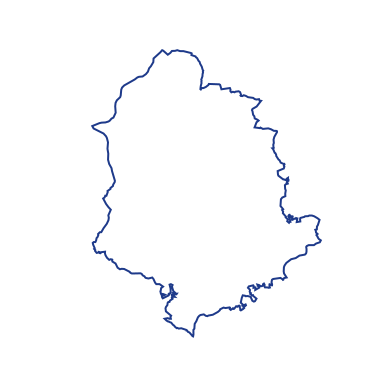 the district of Zalha, Salaj, Romania, rotated 139°
{"feature_id": "2599482B19870008229772", "entity_name": "Zalha", "entity_type": "district", "adm_level": 2, "iso_a3": "ROU", "parent_name": "Romania", "parent_adm1": "Salaj", "projection": "albers", "projection_center": [23.526, 47.196], "detail": "fine", "context": "isolated", "style": "outline", "palette": "blue", "viewbox_px": 384, "rotation_deg": 139, "n_neighbors": 0, "source": "geoboundaries", "source_scale": "gbopen_adm2", "svg_char_len": 5957}
<svg xmlns="http://www.w3.org/2000/svg" viewBox="0 0 384 384"><g transform="rotate(139 192 192)"><path d="M263.3,245.4L264.7,239.3L265.0,235.4L264.9,231.9L270.4,229.3L271.7,227.1L273.6,225.5L277.2,223.9L282.5,222.7L286.8,221.2L288.0,222.1L290.5,221.9L290.9,221.0L292.8,220.0L294.3,219.8L296.2,218.3L297.8,217.6L299.0,218.7L300.3,218.7L301.2,217.0L302.3,213.4L303.2,213.3L303.1,211.6L303.8,211.2L303.9,208.6L302.2,207.6L301.7,208.0L301.0,207.0L301.6,206.3L301.3,205.9L299.8,206.0L296.8,204.0L297.9,202.9L298.8,200.9L299.3,198.1L299.0,195.1L297.6,194.7L296.6,193.5L296.6,193.1L297.2,192.7L297.7,191.7L296.6,188.2L297.8,183.7L297.1,181.0L295.4,180.1L293.7,178.4L291.4,172.7L291.6,172.3L291.3,170.9L290.8,169.9L284.2,164.4L283.7,163.2L283.9,161.4L283.2,159.5L283.4,158.2L283.2,157.4L281.6,155.3L278.1,153.5L278.2,151.5L279.3,147.9L279.4,145.9L276.9,143.7L275.9,139.6L278.4,139.7L280.6,137.8L281.0,137.8L282.2,135.6L280.7,133.9L279.8,132.2L281.4,132.5L282.4,134.3L283.7,132.0L283.8,130.9L277.6,129.3L276.8,129.5L276.5,129.8L276.6,130.3L276.1,130.4L274.9,129.7L273.2,131.1L271.4,133.4L269.7,136.8L268.4,136.3L267.7,134.5L269.2,133.8L271.1,129.5L270.9,127.7L272.2,128.2L271.6,126.2L270.2,125.2L270.9,125.0L273.7,127.0L274.0,126.4L273.8,124.2L275.1,125.6L274.1,127.6L274.5,127.8L274.9,127.5L275.8,125.5L276.6,125.5L276.8,125.1L276.5,124.4L276.7,124.1L280.0,124.5L281.1,123.8L282.1,124.5L283.1,124.3L284.8,122.8L287.1,122.3L288.3,121.6L290.0,119.0L288.9,112.3L290.2,111.9L291.1,110.2L292.0,110.9L293.2,112.8L295.8,114.3L295.6,111.8L295.1,110.1L294.5,109.6L294.4,108.8L293.4,107.0L293.5,104.3L293.1,102.7L293.3,101.8L292.9,99.3L292.2,99.0L291.6,97.6L289.5,96.2L286.8,91.7L286.7,91.3L287.0,91.0L286.6,90.5L286.8,89.1L286.1,87.7L286.1,84.3L285.7,83.7L286.2,82.9L285.9,82.3L284.4,83.5L281.4,87.0L279.9,87.3L276.5,90.7L273.4,91.7L269.8,93.5L267.7,93.8L266.3,93.6L263.4,91.9L262.8,89.5L261.8,88.2L260.7,88.0L256.8,85.7L251.1,84.5L248.6,84.5L247.7,85.0L244.1,84.1L242.8,82.4L239.3,80.2L239.2,79.8L240.3,78.9L240.1,77.6L237.4,77.4L237.5,76.6L236.8,76.2L233.6,76.8L233.1,75.7L231.7,75.7L230.8,75.1L230.8,74.5L231.8,73.6L231.9,72.5L233.0,71.3L232.8,70.6L230.5,70.2L229.1,70.2L229.2,70.8L228.7,71.0L225.6,71.1L225.3,72.0L228.5,72.9L228.6,73.2L227.5,73.7L227.8,76.5L223.8,79.5L221.5,80.7L220.0,78.9L220.0,78.3L218.2,76.9L216.8,74.9L216.7,74.0L217.8,70.3L217.2,68.7L216.1,68.3L213.3,69.2L214.0,73.6L213.7,74.2L214.7,74.7L214.6,76.0L214.9,76.9L213.9,77.1L214.1,77.9L213.9,78.9L212.5,80.0L212.4,80.6L212.6,83.0L211.1,83.5L207.0,81.4L207.0,80.9L208.4,79.4L207.2,79.0L206.7,78.4L208.5,76.6L203.9,75.7L203.5,76.2L203.9,77.9L203.4,79.2L202.4,77.7L202.0,76.0L201.1,75.1L199.6,74.7L199.1,74.8L199.3,75.4L198.9,75.8L197.8,75.7L198.1,74.3L198.9,73.6L199.1,73.8L199.5,72.1L197.7,70.5L196.9,69.3L195.9,68.8L195.4,70.0L194.1,71.5L193.8,71.4L193.3,69.6L192.8,69.1L192.1,69.8L191.2,71.7L189.6,73.0L189.1,73.3L187.8,73.1L181.6,69.1L180.9,66.6L181.0,66.0L180.7,65.9L179.5,66.6L178.7,66.5L176.7,65.4L176.0,70.1L174.9,71.9L172.0,74.9L170.4,75.8L167.3,76.6L161.2,76.2L157.1,74.1L152.6,73.5L147.9,70.7L146.2,70.8L144.8,71.8L143.0,73.8L141.9,75.6L140.9,75.9L138.9,75.4L134.8,71.9L132.2,71.7L128.5,70.2L126.5,71.0L127.1,73.3L126.9,75.2L126.5,75.9L126.4,77.8L125.8,78.1L124.8,78.0L125.0,80.0L124.1,81.4L123.7,82.6L122.3,81.9L120.3,84.0L118.8,84.4L114.0,87.3L114.5,89.9L115.7,93.5L116.9,95.5L118.9,97.3L120.2,97.6L122.6,99.5L123.5,99.5L127.2,101.3L128.2,100.7L129.6,98.7L132.7,100.6L130.0,102.8L130.7,103.3L130.3,103.7L130.5,104.0L130.8,103.8L132.1,104.6L134.5,105.1L134.8,105.5L132.1,107.5L132.4,108.1L133.7,108.0L133.3,110.8L133.7,111.0L135.2,110.6L135.8,107.8L137.3,104.9L138.0,105.4L139.0,105.1L139.3,107.5L137.7,108.1L137.9,111.5L137.3,111.8L137.3,116.4L136.1,117.4L135.8,119.3L134.5,119.2L134.4,123.4L129.6,128.2L127.5,128.6L124.3,127.6L122.7,129.6L120.2,131.7L119.6,133.3L117.4,136.2L116.2,136.3L114.2,135.5L114.0,136.1L114.3,136.9L113.5,137.4L111.8,137.2L111.0,138.2L111.0,139.0L110.3,139.7L111.9,139.9L112.5,139.1L113.3,139.2L114.6,141.6L114.9,141.7L116.1,147.6L115.7,148.7L113.6,151.6L107.3,149.5L105.6,150.6L105.6,151.4L105.3,151.8L104.1,152.1L103.9,152.7L104.4,153.0L105.8,156.0L105.1,158.5L105.4,159.7L104.8,163.9L104.0,165.0L103.7,166.2L103.6,166.7L103.9,167.3L102.7,170.9L102.7,172.2L101.7,171.5L101.2,171.9L101.2,172.3L99.6,174.4L98.1,175.3L96.1,178.0L93.7,179.6L88.6,181.4L88.0,182.1L88.2,182.7L90.1,184.5L91.2,187.5L92.7,190.0L97.1,193.1L98.1,195.7L98.8,195.6L102.4,199.7L97.5,202.3L94.9,202.2L95.1,203.4L96.4,206.4L95.3,208.2L95.2,210.2L93.4,213.2L93.0,214.5L91.8,215.0L87.1,214.1L80.1,215.5L81.1,216.6L80.5,218.1L82.7,219.5L83.7,221.0L84.1,222.9L87.5,226.8L88.3,229.2L89.1,230.5L89.5,231.1L91.0,231.3L92.1,232.4L92.1,232.8L91.4,232.7L90.2,235.8L90.7,237.4L93.4,239.2L94.4,239.3L95.4,240.8L96.9,241.4L96.9,242.9L95.7,244.1L95.2,245.6L102.4,250.2L100.5,254.4L100.8,255.4L108.4,262.5L109.5,262.0L112.7,262.2L115.3,263.0L116.4,264.1L118.1,263.6L118.2,264.1L115.9,266.2L113.3,268.0L112.6,269.1L111.8,269.6L111.3,270.7L108.3,272.4L106.5,274.2L105.4,274.8L105.0,275.6L103.9,276.2L103.8,277.2L102.4,280.2L101.7,283.5L100.9,285.2L101.0,286.8L100.3,289.6L100.6,291.2L100.4,292.0L102.6,295.7L101.3,296.8L101.6,297.6L106.1,304.0L108.6,306.2L110.1,308.7L112.1,309.6L114.6,311.6L117.1,311.2L120.2,311.5L121.0,317.5L121.5,318.6L124.2,318.2L133.4,318.0L136.0,315.4L140.5,313.9L143.2,313.5L146.4,311.7L149.5,311.2L153.5,311.6L156.4,313.7L158.0,314.3L161.4,314.5L173.2,316.9L176.2,316.7L178.2,315.7L182.5,311.6L184.0,310.7L188.6,310.5L191.2,309.4L193.7,307.1L197.6,301.9L202.5,299.7L204.6,300.2L207.4,299.8L208.8,300.0L211.7,301.3L214.8,303.7L216.7,304.7L224.0,307.2L224.6,304.5L220.4,294.2L220.3,290.5L220.8,288.6L222.8,284.6L227.4,280.1L230.0,275.9L234.2,271.4L236.1,267.5L237.1,262.8L238.6,260.3L242.8,251.1L243.8,250.2L246.6,249.3L247.7,248.4L250.9,248.5L251.6,247.8L255.1,248.2L255.7,247.2L259.1,245.3L259.9,246.1L261.6,245.2L263.3,245.4Z" fill="none" stroke="#1e3a8a" stroke-width="2"/></g></svg>